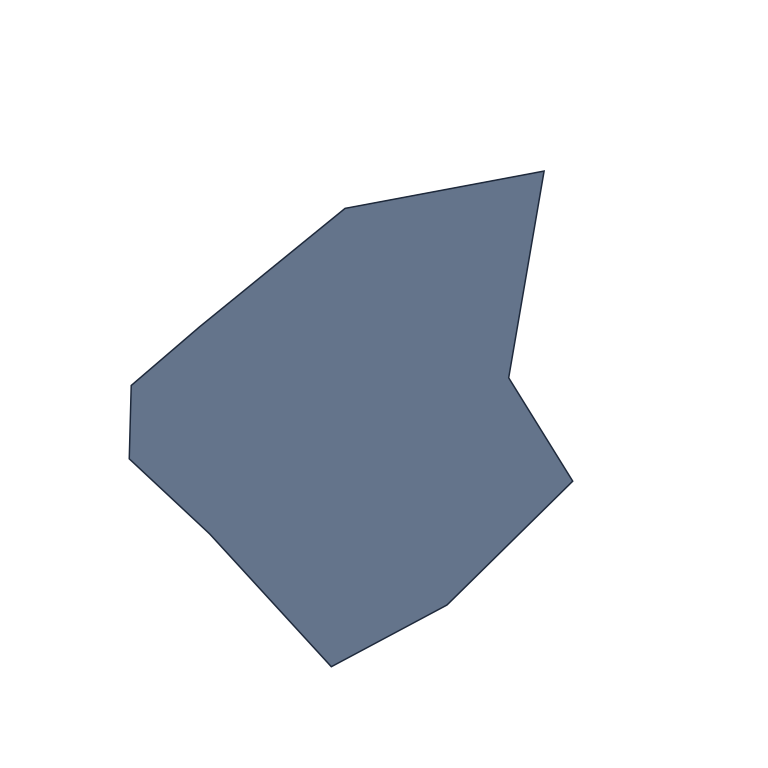 map outline of Santa Venera (Equal Earth projection), rotated 303°
{"feature_id": "MLT-5943", "entity_name": "Santa Venera", "entity_type": "state/province", "adm_level": 1, "iso_a3": "MLT", "parent_name": "Malta", "parent_adm1": "", "projection": "equal_earth", "projection_center": [14.477, 35.887], "detail": "fine", "context": "isolated", "style": "filled", "palette": "slate", "viewbox_px": 768, "rotation_deg": 303, "n_neighbors": 0, "source": "natural_earth", "source_scale": "10m", "svg_char_len": 303}
<svg xmlns="http://www.w3.org/2000/svg" viewBox="0 0 768 768"><g transform="rotate(303 384 384)"><path d="M405.3,595.2L233.0,557.2L118.2,493.8L163.3,319.5L182.5,211.1L245.1,172.8L331.9,198.3L510.1,255.7L649.8,402.3L457.1,485.2L405.3,595.2Z" fill="#64748b" stroke="#1e293b" stroke-width="1.5"/></g></svg>